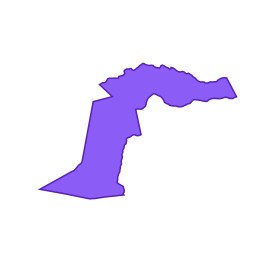 the district of Marco, Ceará, Brazil, rotated 137°
{"feature_id": "56859067B41689548949789", "entity_name": "Marco", "entity_type": "district", "adm_level": 2, "iso_a3": "BRA", "parent_name": "Brazil", "parent_adm1": "Ceará", "projection": "mercator", "projection_center": [-40.328, -3.184], "detail": "fine", "context": "isolated", "style": "filled", "palette": "violet", "viewbox_px": 256, "rotation_deg": 137, "n_neighbors": 0, "source": "geoboundaries", "source_scale": "gbopen_adm2", "svg_char_len": 2695}
<svg xmlns="http://www.w3.org/2000/svg" viewBox="0 0 256 256"><g transform="rotate(137 128 128)"><path d="M200.0,98.8L191.8,93.2L184.4,87.6L176.6,81.8L176.4,83.4L174.6,83.7L173.1,85.1L172.3,86.9L171.3,88.5L172.0,90.5L172.7,92.6L173.1,94.3L173.1,95.6L171.6,96.6L170.5,97.6L169.2,99.1L167.9,99.8L166.0,100.9L164.2,101.4L162.3,103.0L160.9,104.0L160.1,104.9L158.9,105.5L157.3,106.1L156.0,107.9L154.8,109.0L152.9,109.9L151.4,111.1L151.1,112.4L149.7,113.2L148.2,113.9L146.9,115.4L144.7,116.0L143.3,117.2L141.8,118.0L140.1,117.9L138.7,118.9L137.6,119.7L136.9,120.8L135.4,121.3L133.6,120.4L131.7,119.9L130.3,119.8L128.7,119.3L127.5,118.1L127.0,116.8L125.8,115.4L124.4,114.7L123.0,114.2L109.7,136.4L108.0,135.4L106.8,134.1L105.8,133.0L104.7,132.4L103.3,132.2L101.7,132.1L100.2,132.1L98.4,133.2L97.2,134.2L95.9,134.8L94.5,135.5L93.0,136.1L90.9,136.2L88.9,136.0L87.0,135.9L85.5,135.3L84.9,134.2L84.2,132.3L83.7,130.9L83.0,129.7L82.6,128.2L82.6,126.6L82.8,124.6L83.2,123.1L83.8,122.0L83.3,120.0L82.3,117.9L82.0,116.2L81.0,114.7L79.7,113.0L78.8,112.2L77.8,111.3L77.3,110.1L76.4,108.9L74.8,107.4L72.8,106.3L71.2,105.9L69.8,105.3L68.1,105.0L66.9,104.2L65.4,103.7L63.1,104.0L61.4,104.0L60.2,103.5L59.2,102.6L58.4,101.5L57.4,100.3L56.4,99.1L55.3,97.4L53.7,95.2L52.6,93.9L51.5,93.5L49.8,93.5L48.3,93.1L46.8,92.4L45.4,91.4L43.9,90.0L42.4,88.3L40.4,86.5L38.1,85.2L36.5,84.6L35.4,83.5L34.3,82.3L33.7,80.5L32.4,79.2L31.1,78.0L29.1,77.7L27.3,76.8L21.7,97.4L23.4,99.1L24.8,100.2L26.1,100.9L27.7,101.3L29.4,101.6L31.9,101.6L33.3,102.9L34.8,103.9L35.6,104.9L37.1,106.0L38.6,106.3L39.8,107.3L40.9,108.2L41.0,109.7L42.3,111.1L43.7,112.4L44.8,114.9L45.0,117.1L44.8,118.7L45.3,120.1L45.5,121.3L45.3,123.0L46.0,124.9L46.2,126.6L47.6,127.3L48.5,128.2L48.7,129.5L48.8,130.9L49.6,132.2L51.1,133.0L52.1,133.9L53.0,135.4L53.5,137.7L53.7,140.0L54.4,141.7L55.2,142.9L56.4,142.0L57.6,143.0L57.6,144.6L58.7,146.7L59.2,148.9L60.0,150.6L61.5,151.1L62.8,150.4L64.2,150.4L65.1,151.7L66.2,153.2L67.0,155.0L67.0,156.6L68.2,158.1L69.8,159.1L70.8,160.6L72.0,162.5L72.4,164.4L73.5,165.3L74.9,165.2L77.0,165.7L78.7,165.5L80.9,165.8L82.9,165.7L84.5,166.3L85.2,167.5L85.0,169.2L86.1,170.1L87.5,170.7L88.5,171.9L90.2,172.5L92.1,172.3L93.0,170.3L94.9,169.7L96.8,170.4L98.5,171.4L99.6,172.0L100.8,171.0L102.5,172.1L103.6,173.5L104.9,174.5L106.5,175.9L107.7,177.2L109.5,177.9L111.5,177.0L113.3,176.9L114.5,177.3L115.5,178.3L117.3,178.8L119.2,179.2L118.1,161.7L123.6,164.6L135.5,171.0L149.8,160.4L156.3,155.6L175.2,141.6L178.3,139.3L185.2,134.3L187.2,134.2L189.7,134.5L191.3,134.1L192.6,134.0L193.9,133.8L195.5,133.7L197.1,133.7L198.4,134.4L234.3,143.3L219.7,123.8L204.4,102.4L200.0,98.8Z" fill="#8b5cf6" stroke="#5b21b6" stroke-width="1.5"/></g></svg>